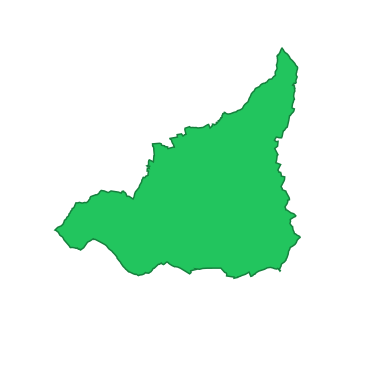 outline of Calan, Hunedoara, Romania, rotated 160°
{"feature_id": "2599482B89052064146304", "entity_name": "Calan", "entity_type": "district", "adm_level": 2, "iso_a3": "ROU", "parent_name": "Romania", "parent_adm1": "Hunedoara", "projection": "orthographic", "projection_center": [23.011, 45.738], "detail": "fine", "context": "isolated", "style": "filled", "palette": "green", "viewbox_px": 384, "rotation_deg": 160, "n_neighbors": 0, "source": "geoboundaries", "source_scale": "gbopen_adm2", "svg_char_len": 6008}
<svg xmlns="http://www.w3.org/2000/svg" viewBox="0 0 384 384"><g transform="rotate(160 192 192)"><path d="M212.5,250.7L212.5,250.3L213.0,249.8L213.2,248.7L212.9,248.7L212.7,248.1L212.8,247.4L213.0,246.9L213.0,245.9L213.4,244.9L214.9,239.2L215.0,239.0L215.4,239.1L217.9,233.7L218.0,233.5L221.0,236.7L221.6,236.6L222.6,235.1L223.5,232.4L224.2,232.1L225.5,232.0L225.1,231.4L223.9,231.3L224.0,231.1L223.7,230.7L223.2,230.5L224.2,229.8L224.2,228.8L225.7,229.7L226.5,228.3L227.0,227.0L226.2,226.8L225.8,226.4L227.5,223.2L227.5,222.8L228.7,222.6L229.8,222.7L231.4,221.6L232.6,222.4L233.0,222.4L233.3,221.7L235.0,220.4L235.9,218.7L238.2,216.8L239.6,215.4L239.8,214.6L245.2,211.4L246.6,209.7L248.2,207.1L249.8,205.6L252.5,209.3L253.1,209.7L254.6,210.2L254.7,213.4L255.2,214.6L256.2,215.6L256.1,216.2L257.4,216.5L258.8,215.2L259.6,215.6L259.8,216.1L260.4,216.3L260.9,216.9L267.8,220.7L270.3,220.1L271.3,220.4L274.1,223.0L276.8,224.5L279.1,223.4L279.6,222.7L282.0,221.9L282.5,221.9L283.1,222.3L288.7,222.3L289.7,221.6L290.3,220.4L292.0,219.5L292.9,218.6L295.0,218.1L296.5,218.9L299.0,219.1L301.4,220.8L302.9,220.8L304.8,221.5L308.1,217.9L309.2,217.4L310.2,217.5L311.0,216.2L312.4,215.5L313.8,214.0L315.1,213.4L315.4,212.7L316.5,211.5L318.2,211.1L319.2,209.8L321.5,209.0L322.8,207.3L324.2,205.9L326.4,204.9L330.3,204.7L333.8,203.1L332.6,202.0L332.2,201.0L331.5,200.2L331.1,198.2L331.0,196.8L330.0,195.2L329.6,194.9L328.9,193.5L328.6,190.7L325.8,183.4L325.5,181.7L325.2,181.3L323.6,180.9L321.7,179.9L320.1,178.7L319.2,178.6L318.8,178.4L318.7,177.7L318.1,177.0L317.0,176.6L316.8,175.7L316.6,175.6L312.8,176.7L307.3,180.6L304.5,180.9L300.8,181.8L300.5,181.0L299.5,180.8L299.0,180.4L295.5,176.6L291.5,172.0L290.7,170.6L289.6,167.1L287.4,163.7L287.1,162.6L285.9,159.9L284.8,156.8L285.0,155.2L284.7,154.6L284.2,153.0L283.2,150.4L283.2,149.7L282.2,145.7L281.0,143.2L280.8,142.3L280.2,141.5L279.0,138.9L278.8,139.0L278.5,138.5L277.5,137.7L275.0,135.1L273.4,133.9L272.9,134.0L272.4,133.7L271.0,131.8L269.0,131.9L268.6,131.6L266.6,131.3L264.6,131.5L263.4,132.2L263.1,132.2L262.8,131.6L260.3,130.5L259.5,130.9L258.0,131.1L256.1,132.2L254.5,133.5L253.5,133.3L248.5,135.5L248.0,135.5L247.3,135.2L245.3,135.7L245.3,135.4L243.7,133.6L242.8,133.7L239.9,134.8L239.3,134.7L238.5,133.8L238.4,133.2L237.3,131.5L235.8,129.6L233.9,127.7L233.2,127.6L231.1,126.4L228.9,124.3L222.2,115.9L220.5,116.6L220.3,117.7L220.0,118.2L219.6,118.2L219.7,118.4L214.4,117.8L214.9,118.6L211.3,116.8L208.1,116.5L203.7,115.2L190.9,110.6L188.9,105.6L188.5,105.0L187.6,104.4L187.4,103.1L188.2,101.3L181.5,97.6L182.0,96.6L178.2,96.1L178.1,96.5L175.4,96.3L174.0,96.5L170.0,96.4L165.8,97.2L165.6,92.6L164.9,92.5L163.3,92.7L162.5,93.4L161.0,93.2L160.8,93.6L158.6,94.4L156.2,94.8L150.3,94.6L147.2,95.0L144.0,94.3L141.9,92.9L140.7,91.8L138.9,90.7L137.7,90.9L136.7,88.8L136.4,87.6L135.9,87.9L136.4,88.8L136.1,89.3L136.1,90.1L135.2,90.3L134.9,90.8L133.7,91.9L132.9,93.3L132.3,93.8L129.0,94.7L126.8,96.0L126.6,96.7L125.4,97.6L122.9,100.7L121.5,103.3L120.1,104.5L118.6,106.3L116.1,106.7L113.2,107.5L111.3,108.8L109.8,110.6L107.7,111.8L106.0,112.3L106.0,113.4L108.2,115.7L109.0,117.2L110.0,117.9L109.8,119.5L110.0,122.0L109.4,124.8L109.6,124.8L109.9,126.1L110.4,127.1L110.4,127.6L110.8,128.9L109.4,130.8L109.2,132.4L109.0,132.6L105.2,133.5L103.2,133.6L102.6,134.1L103.5,136.3L104.3,137.2L106.2,138.6L108.8,142.4L110.0,143.3L109.6,144.3L109.8,146.2L107.0,148.2L106.0,149.3L105.2,150.4L105.0,151.5L103.1,151.4L102.8,152.3L102.7,153.6L103.6,159.6L103.5,160.7L106.4,163.3L106.0,164.4L106.5,166.6L101.7,171.0L100.8,172.1L99.7,174.5L102.6,176.4L102.1,178.4L102.0,180.1L103.5,180.8L103.3,181.4L103.9,183.2L99.3,187.5L103.2,190.9L101.6,193.0L99.4,197.4L98.5,197.6L99.4,204.6L95.9,205.8L93.8,210.2L95.1,210.4L95.8,210.7L96.8,212.5L94.1,214.7L93.6,214.6L91.6,213.2L89.3,212.3L88.1,213.7L86.1,217.1L85.7,217.4L85.1,218.3L84.1,218.3L81.8,220.0L80.3,220.4L76.5,226.3L74.2,230.4L73.4,230.3L71.9,231.4L69.4,232.6L68.5,233.4L67.4,235.1L69.1,236.5L69.1,237.3L67.2,240.7L66.1,241.8L64.8,243.8L64.2,243.9L64.0,244.2L63.9,246.2L63.7,247.4L62.1,250.4L60.9,251.5L60.7,252.2L60.6,253.1L59.9,253.9L60.3,254.7L59.8,255.1L59.8,256.2L59.5,256.7L59.8,257.1L59.8,257.5L60.3,257.4L60.9,258.0L60.2,258.5L59.7,258.1L58.8,259.3L58.3,258.9L57.5,258.7L56.7,259.3L56.5,260.5L55.9,261.8L53.8,264.2L54.1,265.7L54.0,266.6L53.5,267.8L52.5,269.0L52.1,270.1L51.2,270.9L50.3,272.5L50.2,273.6L51.1,275.3L51.4,277.7L52.7,281.1L54.1,283.7L54.2,285.4L54.7,287.6L55.6,289.7L56.6,290.8L57.4,292.7L57.5,294.1L58.2,296.4L59.3,295.7L61.4,293.4L61.6,292.9L62.3,292.6L63.7,291.4L63.9,291.5L64.0,291.3L64.2,291.5L65.1,291.1L65.7,290.5L65.5,290.1L66.1,288.4L66.2,287.5L67.1,285.3L68.3,283.4L69.2,282.5L69.7,279.1L71.1,277.6L72.5,276.7L73.3,275.0L73.6,273.3L74.7,272.7L75.7,272.6L78.4,270.9L81.0,271.5L83.1,270.4L83.7,269.8L85.4,269.6L86.2,269.2L86.9,269.6L89.0,269.7L91.0,269.1L92.5,268.0L97.0,267.6L99.0,265.7L100.9,265.0L102.7,263.9L104.5,261.8L106.1,260.5L108.5,257.6L112.2,256.3L114.1,255.1L115.8,253.4L116.5,253.1L118.6,252.7L121.5,252.9L122.7,252.2L125.3,252.5L129.0,252.4L131.6,252.9L133.1,254.1L133.9,255.5L134.4,255.8L135.1,254.9L136.2,255.1L136.8,254.2L137.7,253.5L138.3,251.9L139.5,251.9L139.6,251.2L140.8,250.8L141.0,250.4L141.7,250.1L141.9,249.6L142.2,249.5L142.6,250.0L142.9,250.0L142.9,249.6L144.4,248.3L145.0,249.0L145.3,249.0L145.6,248.1L145.4,248.0L146.6,247.4L147.6,247.7L147.9,247.4L148.7,248.4L149.5,248.7L149.6,248.0L150.4,247.6L150.4,247.1L153.1,246.0L153.3,249.8L154.3,249.9L159.5,248.9L164.6,250.1L165.9,251.1L168.0,251.8L169.2,252.4L171.0,252.9L171.6,253.4L171.9,254.2L176.7,254.3L177.4,253.0L177.9,248.3L179.2,248.4L181.3,247.7L182.0,250.2L186.4,251.0L186.5,250.9L186.4,250.1L187.0,249.1L187.0,248.6L195.0,250.0L194.7,249.8L193.5,247.9L193.7,246.1L193.6,244.2L193.2,243.1L193.3,241.3L193.1,240.9L193.3,240.2L193.8,240.5L199.8,241.0L199.8,242.1L199.5,242.7L202.0,244.0L202.0,244.8L204.6,246.3L204.4,247.7L205.1,248.4L205.9,248.9L212.5,250.7Z" fill="#22c55e" stroke="#15803d" stroke-width="1.5"/></g></svg>